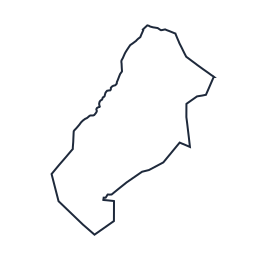 the district of Xan-Uul, Ulaanbaatar, Mongolia, rotated 314°
{"feature_id": "93677404B94490169269592", "entity_name": "Xan-Uul", "entity_type": "district", "adm_level": 2, "iso_a3": "MNG", "parent_name": "Mongolia", "parent_adm1": "Ulaanbaatar", "projection": "natural_earth1", "projection_center": [106.789, 47.807], "detail": "fine", "context": "isolated", "style": "outline", "palette": "slate", "viewbox_px": 256, "rotation_deg": 314, "n_neighbors": 0, "source": "geoboundaries", "source_scale": "gbopen_adm2", "svg_char_len": 2395}
<svg xmlns="http://www.w3.org/2000/svg" viewBox="0 0 256 256"><g transform="rotate(314 128 128)"><path d="M112.2,172.2L112.4,172.3L127.7,177.3L127.9,177.3L153.4,175.3L154.5,178.2L154.9,179.1L157.4,185.7L164.0,177.7L164.4,177.2L172.3,167.5L176.4,162.4L185.9,153.3L186.2,153.3L188.3,153.7L198.7,155.7L198.8,155.8L199.8,156.5L202.7,158.7L205.6,160.7L206.0,161.0L208.2,160.2L211.7,158.9L224.2,154.2L224.5,154.5L224.4,153.3L224.2,152.5L223.9,150.9L223.5,147.9L223.3,146.6L222.7,142.7L222.5,141.5L221.9,137.2L221.4,133.8L221.3,132.7L221.1,131.1L220.6,127.4L220.1,123.3L219.7,120.4L220.2,118.9L220.9,116.8L222.0,113.7L223.2,110.4L224.6,106.3L224.9,105.6L225.4,104.5L226.6,101.6L227.2,100.2L228.7,96.8L228.9,96.5L228.3,95.1L227.3,92.6L226.2,89.9L225.4,88.1L224.7,86.2L222.3,84.6L221.3,83.8L221.0,82.7L220.7,81.0L220.5,79.9L220.0,79.2L218.7,77.3L217.9,76.2L217.5,75.5L216.4,73.5L216.2,72.8L216.0,71.9L215.9,71.7L215.4,71.0L215.2,70.6L211.6,70.4L209.9,70.3L209.1,70.3L209.0,71.0L207.2,71.7L203.9,72.9L202.0,73.7L201.8,73.7L199.3,73.3L197.0,73.2L196.4,73.3L194.6,73.0L192.7,72.7L192.1,72.6L189.2,72.0L186.8,72.4L183.5,73.0L180.7,73.6L179.3,74.0L175.5,75.4L174.7,75.7L172.4,76.3L171.6,76.7L170.6,77.7L170.0,78.5L166.7,82.0L164.8,84.1L164.4,84.4L162.3,84.7L161.5,84.8L161.2,84.9L159.2,85.7L155.7,87.2L153.3,88.1L152.1,89.1L151.3,89.1L151.2,89.1L150.6,89.2L149.8,89.1L148.2,88.1L146.9,87.7L146.4,87.7L145.5,87.7L145.1,87.7L144.0,88.7L143.3,89.0L142.6,89.0L141.8,88.2L141.1,87.7L140.3,87.1L139.3,87.1L137.8,87.3L136.2,88.1L134.7,89.0L134.1,89.1L133.5,89.0L132.7,88.7L132.1,88.8L131.4,89.2L130.4,89.6L128.9,89.2L127.9,89.2L127.0,89.4L126.5,89.8L125.9,90.0L125.2,90.6L124.4,91.7L123.8,92.8L123.3,92.9L122.8,92.4L121.8,92.1L121.0,91.8L119.7,92.1L119.3,92.4L118.7,93.6L118.2,94.0L117.3,94.3L116.2,94.5L113.9,94.7L112.8,94.2L111.9,93.3L111.2,92.5L110.1,91.9L108.8,91.8L107.6,91.7L106.4,91.5L104.8,90.8L104.5,90.8L102.3,90.4L99.7,90.3L98.8,90.4L96.7,90.7L93.7,90.9L91.7,91.0L89.2,91.0L88.0,91.2L86.7,92.3L82.5,96.0L79.8,98.4L75.8,101.7L74.5,102.9L72.0,103.0L62.9,103.6L53.6,104.1L48.2,104.5L41.8,105.0L27.1,128.9L27.2,162.6L28.0,178.0L51.3,182.5L53.8,180.1L65.7,168.7L65.4,168.2L61.4,163.1L59.2,160.4L59.1,160.2L60.6,159.2L61.0,158.9L62.3,160.3L63.5,160.1L64.1,160.0L64.8,159.8L66.0,159.6L67.6,161.3L68.8,162.4L77.2,163.4L88.0,164.8L106.3,168.5L112.2,172.2Z" fill="none" stroke="#1e293b" stroke-width="2"/></g></svg>